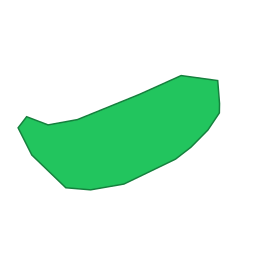 an SVG outline of Kingston, rotated 157°
{"feature_id": "JAM-1377", "entity_name": "Kingston", "entity_type": "Parish", "adm_level": 1, "iso_a3": "JAM", "parent_name": "Jamaica", "parent_adm1": "", "projection": "orthographic", "projection_center": [-76.762, 17.975], "detail": "fine", "context": "isolated", "style": "filled", "palette": "green", "viewbox_px": 256, "rotation_deg": 157, "n_neighbors": 0, "source": "natural_earth", "source_scale": "10m", "svg_char_len": 374}
<svg xmlns="http://www.w3.org/2000/svg" viewBox="0 0 256 256"><g transform="rotate(157 128 128)"><path d="M216.9,178.0L211.6,172.9L200.4,162.1L171.3,155.5L104.2,154.5L58.6,155.5L26.9,136.6L34.2,114.7L38.0,106.2L55.3,94.9L77.4,85.8L96.3,80.8L153.6,78.0L186.6,85.7L208.6,97.3L227.1,140.7L229.1,171.1L216.9,178.0Z" fill="#22c55e" stroke="#15803d" stroke-width="1.5"/></g></svg>